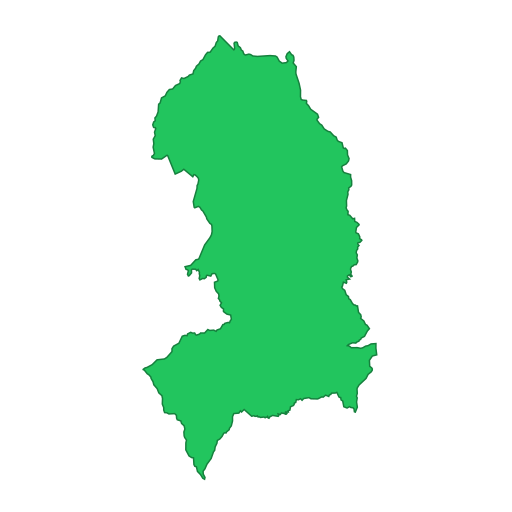 the district of La Vega, Cundinamarca, Colombia, rotated 178°
{"feature_id": "7082276B26976888039358", "entity_name": "La Vega", "entity_type": "district", "adm_level": 2, "iso_a3": "COL", "parent_name": "Colombia", "parent_adm1": "Cundinamarca", "projection": "natural_earth1", "projection_center": [-74.344, 4.982], "detail": "fine", "context": "isolated", "style": "filled", "palette": "green", "viewbox_px": 512, "rotation_deg": 178, "n_neighbors": 0, "source": "geoboundaries", "source_scale": "gbopen_adm2", "svg_char_len": 6090}
<svg xmlns="http://www.w3.org/2000/svg" viewBox="0 0 512 512"><g transform="rotate(178 256 256)"><path d="M322.0,42.7L319.1,39.5L316.9,35.7L315.2,34.7L314.7,36.5L316.3,39.8L316.4,42.7L314.5,45.0L312.3,49.6L307.9,55.2L305.3,61.8L304.1,63.2L303.5,66.6L301.6,70.2L301.1,73.0L298.5,74.4L296.2,76.9L294.5,79.9L293.5,80.4L292.1,80.2L291.5,81.3L288.9,83.3L288.5,84.8L286.6,87.1L285.2,92.0L285.1,96.2L283.7,99.3L278.6,99.6L277.0,101.8L275.9,100.6L273.2,103.0L265.9,96.0L263.6,96.5L262.7,95.8L261.2,95.8L260.3,96.3L259.5,95.0L258.6,95.3L257.2,94.5L253.7,94.8L252.5,94.0L251.7,94.6L250.7,94.5L250.0,95.3L249.5,93.7L248.7,93.4L247.9,94.7L245.0,96.1L239.4,95.0L238.8,95.7L239.4,97.4L237.3,96.7L236.0,98.3L234.2,97.7L233.4,98.0L232.3,96.9L231.2,96.9L230.6,97.6L231.7,98.5L231.8,99.1L229.1,98.9L229.3,100.2L227.5,100.8L226.8,104.1L223.8,105.3L223.1,106.3L222.8,107.7L221.4,108.2L220.7,111.1L218.6,110.8L216.5,111.8L215.0,110.2L213.3,111.9L207.9,112.6L206.1,111.4L199.3,111.0L195.2,112.9L193.8,112.6L191.3,114.5L188.2,113.1L187.5,114.6L186.1,115.0L185.3,116.3L181.5,116.3L180.0,116.9L178.1,112.4L177.6,111.8L176.3,111.6L176.0,109.2L174.4,108.1L173.5,102.3L170.3,100.9L167.7,102.2L166.6,101.3L164.3,100.9L163.4,99.8L163.1,96.9L162.2,96.5L160.0,101.4L160.6,106.6L159.8,110.7L160.5,112.4L159.6,115.1L159.7,119.7L159.3,120.8L157.5,123.5L150.3,129.8L148.1,133.8L145.0,136.1L143.9,137.6L143.7,139.0L144.2,140.1L146.2,141.8L146.3,147.8L143.2,152.0L138.8,153.0L139.4,159.7L139.2,164.3L144.1,164.1L147.1,162.5L149.6,162.1L152.6,160.5L154.6,160.1L158.0,160.9L163.9,161.0L166.2,162.9L167.8,163.2L166.7,164.3L162.5,165.9L159.3,165.5L158.0,166.6L156.1,167.3L155.6,168.5L154.4,168.9L153.6,170.4L150.4,171.9L147.3,177.2L145.2,179.4L147.5,183.0L149.0,183.8L150.5,187.3L153.6,190.0L153.0,191.5L153.4,193.7L155.5,196.1L156.3,202.6L157.2,202.5L158.5,203.5L159.8,203.7L161.3,205.2L163.3,209.1L164.8,210.1L165.0,212.3L167.2,214.1L168.5,218.6L170.5,220.2L171.4,221.9L170.6,223.0L169.6,226.8L166.7,225.6L166.2,226.6L166.7,229.1L163.3,229.7L165.4,231.6L165.3,232.9L163.4,234.0L162.1,232.0L160.8,232.3L160.9,233.2L162.0,234.2L161.3,236.7L162.0,239.2L161.8,240.5L160.8,242.2L159.6,242.5L158.1,243.8L156.2,243.9L154.6,246.5L154.4,247.7L155.3,250.5L154.7,253.5L155.8,255.8L155.3,258.0L154.1,259.5L154.1,261.5L152.7,262.9L153.8,264.2L153.9,265.1L153.6,265.7L151.7,266.0L149.7,267.9L150.0,268.6L151.8,269.7L151.6,271.5L152.9,274.6L155.1,275.6L155.5,276.4L154.6,281.0L151.9,283.5L151.9,284.0L154.0,286.1L156.1,287.1L156.2,290.2L158.0,289.8L160.9,293.4L162.7,294.1L162.4,297.5L163.4,298.7L164.3,301.0L163.7,302.8L163.7,308.3L161.9,314.4L162.1,316.9L160.9,318.9L161.0,320.8L158.7,322.3L157.9,323.6L157.8,327.9L158.7,331.5L158.6,334.1L165.1,336.3L166.2,337.7L167.3,342.2L166.3,343.2L162.6,344.9L160.2,347.8L159.6,350.1L161.0,353.8L161.0,358.2L162.9,360.7L164.0,360.4L165.0,361.0L166.1,366.2L169.7,367.7L170.9,369.1L171.7,372.0L174.2,373.5L177.5,377.4L179.8,378.1L183.4,380.6L185.7,384.5L187.8,386.0L190.3,389.6L190.2,390.6L188.6,392.4L189.6,395.6L196.2,400.7L198.3,404.5L200.3,406.7L199.9,408.7L200.2,409.7L204.0,410.2L205.4,410.9L206.0,413.6L205.7,420.2L206.9,427.0L209.7,436.5L209.8,438.5L209.1,443.8L212.1,447.6L211.2,450.2L211.3,453.4L211.7,454.6L212.3,455.5L213.3,455.8L215.4,459.0L217.7,457.2L219.1,454.2L218.9,452.5L217.2,449.8L218.9,448.2L223.1,447.8L225.9,449.9L228.0,454.1L229.6,455.2L234.9,455.8L247.6,455.4L252.2,456.0L254.3,457.5L256.1,458.0L259.7,457.2L261.2,458.5L262.0,461.2L263.5,462.4L264.3,464.7L266.5,466.6L267.3,470.1L268.2,470.5L269.8,470.3L270.5,469.4L270.1,464.5L270.5,463.1L271.0,462.8L284.4,477.3L285.3,477.2L286.0,476.4L286.8,472.3L288.2,470.8L289.6,467.0L291.7,465.3L294.8,461.2L297.3,461.2L299.4,458.9L302.2,454.1L304.6,452.8L306.3,449.9L309.0,447.7L309.7,445.9L311.8,443.4L312.6,440.2L316.3,439.1L317.5,437.8L321.8,435.9L324.2,436.6L325.8,434.1L325.5,432.7L326.2,431.0L330.5,429.2L333.5,425.8L336.8,425.4L339.3,422.7L341.1,419.2L344.9,417.3L346.5,412.3L348.0,411.1L348.8,403.4L350.6,399.2L352.2,397.5L352.0,394.7L353.6,393.5L354.6,390.7L353.9,388.3L353.3,387.8L352.1,387.8L351.7,386.9L353.1,383.3L352.5,379.8L354.6,376.3L354.2,371.8L355.0,368.4L353.9,362.0L355.1,360.1L356.6,359.3L356.6,358.2L353.8,356.6L347.0,356.2L341.4,359.8L340.7,359.3L333.9,340.7L327.7,343.3L325.1,345.2L316.4,337.4L315.2,339.5L313.9,339.1L311.8,337.0L310.9,335.7L310.6,333.9L311.5,330.0L312.4,328.5L312.6,325.7L316.8,312.6L316.1,306.9L315.5,306.3L311.9,307.6L310.3,306.6L308.9,304.0L307.5,302.8L304.2,296.6L303.9,294.9L301.0,290.3L299.4,289.1L299.0,287.6L299.0,281.9L299.8,278.7L301.4,275.9L306.9,268.9L313.1,255.4L313.6,254.8L316.3,254.3L321.6,248.9L327.3,247.8L326.4,245.1L324.9,244.6L324.1,243.7L325.1,240.1L324.3,238.4L323.4,238.7L321.0,241.4L321.0,244.4L320.2,245.1L316.8,244.9L315.7,243.4L314.3,244.5L313.1,241.7L313.3,240.4L312.9,238.2L313.6,235.5L312.9,234.1L310.1,235.4L308.4,235.1L306.5,236.5L306.3,237.8L305.6,238.5L301.9,237.5L300.5,239.9L297.9,240.0L297.0,239.4L294.7,233.4L295.2,232.3L298.4,231.2L298.4,225.7L296.9,222.0L294.7,219.5L294.4,217.3L295.1,214.8L294.1,213.8L293.6,212.1L292.1,210.4L293.6,208.0L292.4,205.8L290.3,204.3L290.5,201.9L290.1,201.3L287.1,198.9L283.4,197.9L282.8,193.6L283.9,192.3L284.8,190.2L286.1,190.6L289.5,189.8L290.2,188.8L291.5,188.6L294.1,184.5L297.6,183.4L298.5,182.1L300.9,183.4L304.9,183.2L306.7,184.2L310.1,180.8L314.0,181.0L315.2,179.9L318.3,179.0L319.1,179.5L320.0,181.2L322.0,181.1L323.9,182.0L327.1,180.5L327.6,178.8L329.8,179.2L332.5,178.4L336.1,171.5L341.5,168.8L343.2,166.3L343.3,163.4L348.5,157.9L351.1,156.3L358.5,155.7L363.6,151.0L368.9,148.4L370.8,148.0L373.2,146.3L372.4,146.4L371.3,145.5L368.8,142.1L367.2,141.0L365.3,138.7L365.1,137.2L363.3,134.0L362.6,130.8L359.4,126.9L357.9,122.6L354.9,119.7L354.4,116.8L354.8,111.3L353.5,107.7L353.6,105.3L352.8,102.7L350.5,102.4L348.6,101.2L342.8,101.3L341.1,99.6L341.0,96.7L340.4,95.1L336.9,93.8L336.2,91.2L333.8,88.9L333.1,85.6L334.2,82.7L334.1,78.8L333.6,77.1L331.9,74.5L332.6,71.7L332.9,64.7L329.9,58.5L327.2,56.7L325.5,56.5L325.3,49.7L324.5,48.0L322.9,47.4L322.0,42.7Z" fill="#22c55e" stroke="#15803d" stroke-width="1.5"/></g></svg>